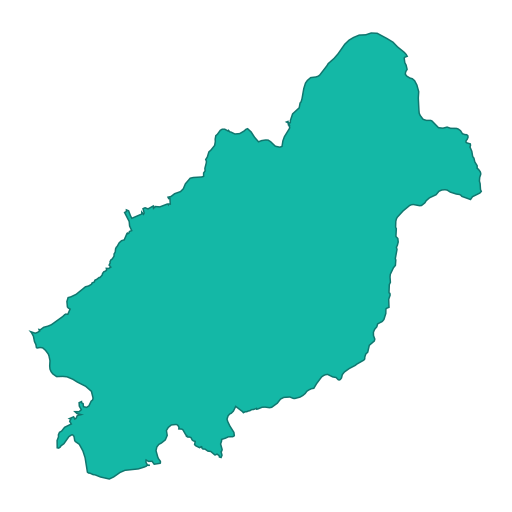 Floridablanca, Santander, Colombia (Mercator projection)
{"feature_id": "7082276B34435529925249", "entity_name": "Floridablanca", "entity_type": "district", "adm_level": 2, "iso_a3": "COL", "parent_name": "Colombia", "parent_adm1": "Santander", "projection": "mercator", "projection_center": [-73.085, 7.083], "detail": "fine", "context": "isolated", "style": "filled", "palette": "teal", "viewbox_px": 512, "rotation_deg": 0, "n_neighbors": 0, "source": "geoboundaries", "source_scale": "gbopen_adm2", "svg_char_len": 5993}
<svg xmlns="http://www.w3.org/2000/svg" viewBox="0 0 512 512"><path d="M470.5,199.5L472.5,196.7L479.9,193.0L481.3,191.4L480.5,189.6L480.1,183.7L479.4,181.0L479.7,177.3L480.7,174.4L480.7,173.2L480.2,171.7L478.4,169.2L477.2,168.4L477.1,165.6L474.8,161.9L473.9,158.1L472.7,156.6L471.8,151.3L470.0,147.1L470.5,145.3L470.3,143.9L466.9,142.9L465.9,142.0L466.1,140.7L467.2,139.3L468.0,137.3L467.9,135.8L466.7,134.7L464.9,134.6L462.4,133.7L460.5,130.7L458.2,129.0L456.5,128.4L450.5,128.3L447.1,127.1L442.9,128.2L438.5,127.7L432.0,121.0L430.6,120.4L426.4,120.4L423.9,119.6L422.9,119.1L420.2,115.5L419.2,113.2L418.9,110.0L418.3,98.0L418.7,91.7L416.9,85.1L414.6,80.7L412.3,78.7L409.8,78.0L406.6,76.0L405.3,74.1L405.7,71.7L407.1,69.4L406.1,65.1L404.8,62.7L404.2,58.0L405.0,57.1L407.2,56.3L406.1,54.4L404.3,52.4L397.4,46.8L393.0,42.2L386.9,38.5L377.2,33.3L371.2,33.0L365.8,34.8L359.2,35.1L353.5,37.5L349.1,40.1L344.8,44.2L338.0,53.9L334.1,58.4L328.2,63.6L327.1,65.5L319.8,75.0L318.2,76.2L315.8,77.0L310.7,77.6L307.4,80.4L305.5,83.1L303.8,88.5L302.0,98.8L301.1,101.8L300.1,103.0L299.2,107.8L292.6,113.9L290.4,120.5L290.3,122.7L289.1,123.0L288.2,122.6L288.0,121.4L286.5,122.0L288.5,123.1L288.2,123.3L288.4,124.7L289.1,124.6L289.5,125.5L289.0,125.7L289.7,127.2L289.5,128.4L284.4,136.7L282.9,140.9L282.0,146.4L279.8,147.2L275.3,146.2L270.6,141.7L268.1,140.1L265.6,140.0L261.6,140.6L258.5,141.8L254.5,137.2L251.1,131.9L247.6,128.7L246.0,129.3L244.1,131.0L239.7,133.6L234.9,134.0L231.0,132.1L229.8,131.9L228.5,130.4L228.1,131.0L224.7,129.2L222.2,129.2L220.3,130.3L217.4,134.3L215.8,135.7L215.2,139.1L215.3,141.8L214.6,145.5L211.0,150.0L208.9,151.9L207.3,157.1L205.7,159.5L206.4,161.1L206.3,162.9L204.9,168.3L205.1,170.9L203.6,173.0L203.6,176.4L201.5,177.0L193.3,177.5L190.2,178.2L185.4,183.8L183.3,188.8L180.5,191.6L174.6,193.7L171.0,196.5L168.0,197.2L168.7,198.6L169.9,198.4L170.3,204.1L168.5,204.0L168.3,204.7L167.8,204.0L167.1,204.1L159.8,206.9L155.0,206.5L154.6,207.6L154.0,207.6L153.5,208.2L153.2,206.0L148.0,208.9L145.2,207.8L144.4,208.0L143.0,208.7L144.2,213.0L143.5,214.3L141.8,212.2L141.8,214.0L131.8,218.3L130.4,215.6L128.6,210.8L126.4,209.9L126.4,211.5L124.6,212.5L129.2,221.5L129.6,226.0L131.7,230.6L129.4,231.5L129.1,232.8L128.2,233.5L127.8,233.7L127.5,233.1L127.0,233.4L124.2,239.9L121.5,240.7L119.2,242.8L117.0,246.7L116.4,247.1L115.6,248.7L115.2,252.2L114.1,253.9L114.0,256.3L112.0,259.2L110.9,259.9L110.0,261.8L110.2,262.9L109.1,265.1L110.8,267.1L108.6,268.5L106.3,268.3L106.6,270.1L105.5,271.1L103.9,271.7L102.6,273.4L102.1,275.2L100.0,277.5L99.1,277.5L96.8,279.3L94.9,280.2L94.3,282.0L92.1,282.9L91.5,284.3L88.5,286.0L85.4,286.8L76.2,294.3L70.8,296.9L68.1,297.6L66.9,301.5L67.4,306.9L68.3,308.0L70.1,309.1L67.8,314.3L65.8,314.1L64.7,314.7L62.8,316.5L51.4,324.7L48.1,326.1L43.7,327.3L40.3,329.8L39.0,329.5L39.6,331.1L37.5,332.4L35.2,333.2L30.7,331.7L31.6,332.8L33.4,336.2L34.5,341.6L35.9,344.6L36.4,347.5L37.1,348.0L40.0,347.5L42.6,347.8L45.4,350.2L48.2,353.9L49.0,355.9L50.0,360.8L49.7,366.0L50.0,369.1L51.1,371.7L52.8,373.9L56.6,376.6L62.7,376.4L67.0,376.8L72.9,379.3L77.2,382.0L85.7,386.3L91.4,391.3L93.1,398.2L92.5,400.1L91.2,401.1L88.9,405.9L86.6,407.4L83.5,406.7L83.1,403.6L81.6,402.8L81.5,401.6L79.1,402.7L79.3,406.1L81.3,409.7L79.1,411.7L75.0,411.7L76.9,413.5L81.1,414.6L77.3,415.6L76.1,418.2L74.8,419.0L73.6,416.8L69.5,418.6L70.8,419.1L69.7,421.3L71.3,424.0L64.6,427.3L61.6,431.1L59.5,432.3L58.4,434.8L58.5,436.9L57.1,440.5L57.2,447.8L58.7,448.1L60.3,447.0L60.9,445.9L63.9,443.7L68.9,436.6L71.7,434.8L72.6,434.8L74.0,436.4L74.7,440.5L75.3,441.5L79.3,444.3L82.9,450.9L85.1,457.7L87.4,472.1L88.5,473.0L90.1,473.2L93.1,474.6L95.0,474.8L100.5,477.0L109.3,479.0L113.7,476.9L120.1,472.4L125.0,470.3L138.3,468.9L144.1,467.1L146.4,466.1L147.0,465.3L149.9,465.3L147.4,465.0L145.9,462.2L146.1,460.0L148.5,461.4L152.1,461.3L154.2,464.2L160.1,463.3L160.4,462.9L160.4,461.3L158.6,458.9L157.8,457.2L156.0,450.7L156.8,447.0L158.8,444.4L161.4,443.0L165.3,439.9L167.2,435.4L166.4,430.5L168.3,427.4L171.4,424.9L175.8,424.5L176.8,424.6L178.0,425.5L179.0,427.5L178.8,428.9L181.8,429.1L182.9,429.8L186.0,435.2L186.8,435.7L186.5,436.3L187.9,437.1L189.4,437.0L191.0,437.6L192.2,440.0L193.4,440.9L195.2,441.4L194.6,444.6L195.8,445.8L199.6,447.7L201.2,446.6L201.6,446.7L201.6,447.6L202.9,449.0L205.0,449.1L207.9,451.1L210.8,451.5L214.8,454.9L215.4,454.9L217.0,454.1L219.1,455.6L219.4,457.0L221.1,457.5L222.0,455.2L221.1,451.8L221.9,450.7L222.1,449.4L220.6,444.0L221.6,440.9L221.6,439.4L225.4,438.2L228.4,436.8L232.6,436.7L233.8,436.2L234.3,435.5L233.9,432.4L229.8,425.9L227.7,421.5L227.0,419.1L228.1,415.8L229.7,414.0L231.3,413.2L233.4,411.1L235.7,406.4L242.5,411.6L243.4,412.7L245.0,411.8L246.8,411.7L248.8,410.8L249.7,410.8L251.7,409.6L253.4,409.5L256.5,408.4L256.7,409.2L257.7,409.0L262.2,407.2L265.2,407.1L269.5,407.7L271.7,407.3L277.3,403.2L280.5,399.1L283.8,397.4L289.9,397.0L293.3,398.4L294.8,398.5L300.0,397.1L302.8,395.5L305.2,393.5L306.8,391.3L308.7,390.0L311.4,388.7L313.8,388.3L316.6,383.6L321.6,376.9L323.8,375.4L325.5,374.7L327.6,374.4L332.7,376.9L336.1,377.5L338.1,379.6L339.1,380.0L340.3,379.5L341.5,377.9L342.3,374.6L344.4,372.0L349.1,368.6L355.2,365.4L357.0,364.0L363.8,360.1L364.7,359.0L364.8,357.0L365.8,354.0L367.7,352.2L369.3,345.3L374.3,341.0L374.8,339.1L373.5,335.6L373.4,332.3L374.1,330.5L374.8,329.1L376.8,326.8L377.6,323.9L382.3,321.4L383.9,319.5L385.8,313.5L385.9,309.0L386.8,308.2L389.0,307.3L388.7,299.3L390.1,295.1L389.9,293.4L389.3,293.1L389.0,292.4L389.3,284.6L390.4,282.3L390.0,277.0L390.3,274.3L393.4,267.8L395.4,265.4L395.8,260.0L395.3,258.6L397.0,249.4L396.4,247.3L397.4,245.2L398.2,242.0L397.8,238.5L395.9,236.5L396.3,228.7L395.6,227.2L395.8,221.2L396.5,218.6L397.4,217.1L403.2,210.8L409.6,205.5L411.5,204.7L413.4,204.5L419.6,205.7L421.5,205.5L424.8,202.9L426.2,200.7L429.5,197.8L436.1,194.7L438.9,191.3L441.8,190.0L445.0,189.7L447.2,190.1L450.3,192.1L456.2,194.0L459.5,194.5L460.6,195.0L461.9,196.4L470.5,199.5Z" fill="#14b8a6" stroke="#0f766e" stroke-width="1.5"/></svg>